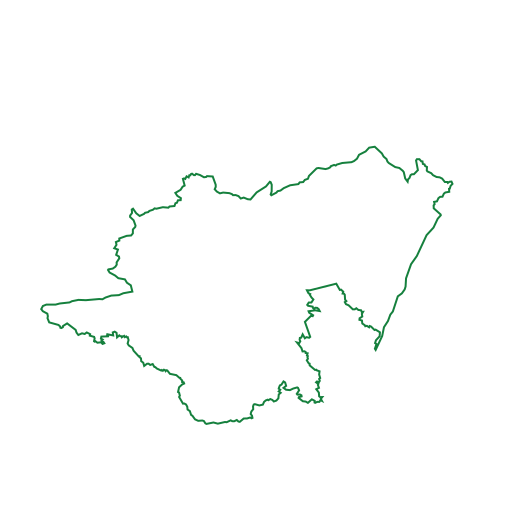 Na Di, Prachin Buri, Thailand, rotated 303°
{"feature_id": "78962969B93124351741283", "entity_name": "Na Di", "entity_type": "district", "adm_level": 2, "iso_a3": "THA", "parent_name": "Thailand", "parent_adm1": "Prachin Buri", "projection": "robinson", "projection_center": [101.834, 14.202], "detail": "fine", "context": "isolated", "style": "outline", "palette": "green", "viewbox_px": 512, "rotation_deg": 303, "n_neighbors": 0, "source": "geoboundaries", "source_scale": "gbopen_adm2", "svg_char_len": 6105}
<svg xmlns="http://www.w3.org/2000/svg" viewBox="0 0 512 512"><g transform="rotate(303 256 256)"><path d="M311.8,398.1L319.0,394.0L333.6,390.5L343.6,390.9L366.4,387.7L376.5,389.4L386.2,388.1L390.8,388.8L391.4,388.2L392.8,379.1L395.2,377.4L396.7,377.6L398.4,375.9L400.4,378.0L403.9,377.5L405.9,378.2L407.3,380.1L410.6,379.6L412.4,380.2L415.1,383.1L417.5,381.3L418.0,381.8L420.9,381.0L423.5,381.5L424.9,379.4L423.6,377.8L421.8,377.1L422.3,376.2L420.9,374.1L422.3,370.0L422.0,367.2L420.6,364.4L420.2,360.4L420.9,357.9L420.3,353.6L420.8,352.6L423.8,350.9L423.6,348.8L424.6,347.5L424.1,345.8L426.0,344.1L425.4,343.0L426.2,340.3L424.8,338.2L423.3,338.2L416.2,345.0L410.6,343.9L409.4,342.2L408.0,341.6L405.1,342.2L403.0,341.8L400.9,342.7L402.3,338.9L406.8,334.3L407.4,332.7L407.9,328.3L406.4,324.3L406.3,316.7L406.8,314.8L408.4,312.6L408.9,308.9L410.6,305.7L412.3,296.1L408.5,291.9L403.4,291.0L397.0,287.3L392.6,287.7L389.0,286.5L386.7,285.0L381.0,277.7L376.7,274.0L375.3,273.6L374.9,271.9L372.0,269.8L370.9,270.0L368.8,268.8L366.8,267.0L363.8,260.4L362.5,259.1L352.0,256.8L349.1,257.5L346.4,255.5L343.7,255.3L341.5,252.5L339.4,252.4L333.9,246.1L328.0,242.3L324.2,240.9L322.1,238.8L320.3,238.6L315.3,235.8L315.6,234.8L318.6,234.0L324.3,230.4L325.9,228.1L325.8,227.2L319.8,226.5L309.7,221.9L300.4,220.6L299.1,218.1L298.3,213.9L295.9,211.9L296.7,208.7L296.0,205.7L294.5,203.6L294.8,202.1L294.2,199.4L291.3,193.9L288.9,191.6L288.7,188.1L289.5,185.0L292.0,184.6L293.8,183.4L299.1,176.4L296.3,171.4L295.2,171.2L293.7,169.5L293.4,164.9L292.3,161.0L290.6,160.8L290.0,159.9L290.2,157.5L289.2,156.8L287.9,157.0L287.4,156.1L285.2,156.7L285.0,154.4L282.1,154.7L281.9,153.4L280.9,152.7L276.2,157.8L274.2,156.7L270.4,156.7L265.0,154.0L263.6,157.2L263.6,161.5L261.8,162.4L260.2,160.2L257.6,160.7L256.4,159.7L253.5,160.4L250.4,156.5L248.8,156.2L246.2,151.3L241.4,146.7L240.7,145.0L238.7,144.4L235.7,142.0L234.1,141.7L231.8,139.4L230.4,139.2L226.2,136.6L226.6,132.3L228.7,127.1L227.3,126.5L224.6,128.6L221.4,128.4L220.2,129.1L219.3,133.9L215.9,138.4L214.6,138.9L211.2,138.3L207.9,140.4L205.2,140.1L202.5,136.6L196.2,131.8L194.5,133.0L191.4,130.9L189.4,132.9L185.3,132.9L186.2,136.7L180.8,138.1L180.9,141.4L179.6,142.6L174.7,142.6L172.9,143.9L170.4,143.9L167.4,142.7L164.4,139.5L163.7,139.5L162.4,142.2L162.9,148.5L162.4,152.6L165.0,158.8L163.3,162.3L163.2,167.0L158.8,171.7L152.5,165.0L148.5,162.3L144.0,156.2L139.2,152.4L136.1,150.8L134.5,147.9L126.3,137.4L122.5,131.0L117.9,126.3L115.5,124.9L109.3,117.3L106.1,114.4L101.0,106.6L98.0,104.5L94.5,104.8L93.6,107.3L94.0,112.4L92.2,114.2L90.3,115.0L87.7,118.7L90.6,127.9L90.2,130.2L89.3,131.0L89.6,132.0L91.1,132.8L92.2,132.3L96.6,134.3L95.8,145.0L94.0,147.2L93.0,150.0L96.4,152.2L97.3,154.8L99.7,155.7L100.1,159.5L98.7,160.0L100.0,164.3L99.1,165.5L96.3,166.6L96.3,167.3L97.1,167.5L96.9,170.2L99.2,173.0L98.7,175.2L100.2,176.3L100.9,174.7L100.4,173.0L101.1,172.3L102.4,172.8L102.3,170.9L104.2,170.2L108.1,175.7L108.7,175.5L108.4,174.3L109.4,173.9L111.6,179.5L113.9,177.5L115.6,178.7L115.6,180.9L112.1,183.8L115.0,184.6L114.8,186.0L115.6,187.2L114.9,187.8L117.2,188.9L116.5,190.2L117.9,191.0L117.5,192.3L118.0,192.7L116.1,194.9L112.7,196.0L111.7,198.0L111.6,202.4L109.9,204.9L108.0,212.1L108.5,212.9L107.8,213.2L107.5,215.3L105.3,217.0L105.1,219.6L102.9,222.1L106.3,223.3L107.2,224.6L107.0,226.6L109.1,228.2L107.6,231.2L108.0,232.1L107.6,234.0L108.3,238.9L109.1,239.1L109.0,240.4L110.5,240.7L110.7,242.0L110.2,242.9L111.4,243.1L111.7,243.9L110.3,248.0L112.7,254.1L112.1,258.2L112.5,258.9L111.8,259.7L111.4,261.9L110.1,262.6L110.7,264.1L109.9,265.2L108.0,264.0L104.0,263.0L99.5,264.7L99.6,265.8L97.4,268.2L95.9,268.3L92.4,275.2L93.2,276.1L93.4,278.1L92.2,280.4L90.0,282.2L89.9,285.0L87.4,288.1L87.4,289.7L85.8,293.8L86.3,297.3L88.8,300.6L89.2,302.2L88.1,304.6L88.2,305.9L93.2,311.0L94.6,315.3L99.9,320.4L100.6,321.9L104.4,324.3L104.5,326.0L105.5,327.7L108.0,329.2L107.6,331.4L108.1,332.7L113.0,334.2L114.9,337.0L117.4,339.1L117.5,340.7L118.3,341.2L119.9,339.6L120.6,337.6L123.0,336.8L126.0,337.1L128.3,335.4L130.2,335.0L131.1,335.7L132.5,340.2L135.1,342.7L138.1,342.2L140.3,342.9L141.8,344.0L141.8,344.9L143.8,345.9L144.2,348.1L143.7,350.2L145.8,351.8L148.8,352.3L152.3,350.5L154.7,351.2L154.8,348.8L157.0,349.2L157.1,347.3L158.0,347.0L160.5,346.5L161.9,347.4L165.8,347.4L165.8,349.3L163.5,352.0L160.4,350.9L160.2,354.0L162.0,357.5L165.1,359.4L168.2,362.1L168.3,363.0L166.8,365.3L162.6,365.3L162.3,366.2L163.8,368.4L163.9,370.0L163.1,370.7L161.0,368.8L160.2,369.0L159.7,374.4L161.0,377.0L161.1,379.5L166.2,380.9L166.5,384.1L165.0,384.9L165.1,385.6L167.0,386.8L168.2,388.6L170.2,388.6L170.4,390.2L171.5,388.2L173.8,388.4L172.6,386.7L172.7,385.4L175.7,383.1L177.1,379.1L179.7,380.6L181.6,378.1L182.6,378.0L182.8,375.2L184.0,375.5L184.3,377.5L186.0,377.5L187.3,375.9L188.6,376.3L191.0,373.5L193.9,372.1L193.2,369.3L193.5,368.6L192.6,367.6L193.5,360.6L194.9,359.6L194.7,358.6L196.2,355.4L198.1,355.5L199.0,354.4L200.3,354.0L200.3,352.9L202.5,352.3L201.7,350.5L202.5,350.0L202.5,348.6L201.3,347.0L203.5,344.3L205.8,337.5L206.5,339.7L208.6,339.6L209.5,338.2L211.2,337.4L212.2,338.4L215.7,337.8L213.6,341.8L215.4,342.5L216.4,345.1L217.7,345.5L227.4,332.9L235.7,334.7L236.4,336.3L237.4,336.2L237.4,331.5L238.3,330.2L242.7,335.2L244.5,339.4L245.6,337.5L245.8,335.5L244.9,333.9L243.4,333.4L243.5,332.0L244.4,331.1L242.6,326.8L242.9,325.6L245.7,325.6L247.2,327.8L250.8,327.8L251.4,325.2L252.8,322.2L253.6,322.2L253.4,320.2L255.0,317.4L256.5,319.8L276.5,338.4L273.2,344.8L274.1,345.6L273.6,348.6L271.7,349.1L272.3,350.4L271.9,351.5L267.9,354.5L267.4,356.3L265.7,355.6L264.6,357.7L265.1,360.5L264.0,366.3L265.1,367.9L266.8,368.6L266.5,371.2L267.7,373.7L266.7,375.1L267.5,376.2L265.1,376.3L263.1,378.1L260.2,376.8L258.8,377.5L259.6,380.0L257.3,381.9L257.2,385.0L256.6,385.9L257.8,387.0L257.8,389.7L259.2,389.5L259.5,390.9L258.5,395.7L259.4,396.4L259.5,401.5L256.0,403.4L250.7,402.5L247.8,403.3L247.8,405.0L243.0,406.2L242.4,407.5L257.6,405.4L266.0,402.1L273.3,402.1L280.0,400.6L284.0,401.0L299.4,396.9L304.1,398.7L308.9,398.9L311.8,398.1Z" fill="none" stroke="#15803d" stroke-width="2"/></g></svg>